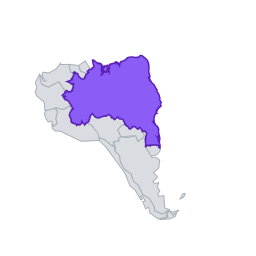 Brazil on a map of South America (Natural Earth projection), rotated 320°
{"feature_id": "BRA", "entity_name": "Brazil", "entity_type": "country or territory", "adm_level": 0, "iso_a3": "BRA", "parent_name": "South America", "parent_adm1": "", "projection": "natural_earth1", "projection_center": [-55.283, -14.242], "detail": "fine", "context": "in_parent", "style": "filled", "palette": "violet", "viewbox_px": 256, "rotation_deg": 320, "n_neighbors": 12, "source": "natural_earth", "source_scale": "50m", "svg_char_len": 9164}
<svg xmlns="http://www.w3.org/2000/svg" viewBox="0 0 256 256"><g transform="rotate(320 128 128)"><path d="M106.3,218.0L108.4,221.3L114.3,223.7L106.7,224.1L106.3,218.0ZM129.5,153.6L127.5,165.9L130.5,168.4L131.6,173.1L125.9,178.4L118.7,178.7L119.3,184.0L117.9,185.0L112.5,185.1L112.9,188.0L116.4,189.5L112.6,192.1L111.9,196.6L108.1,198.0L107.5,200.2L112.0,202.8L104.8,212.7L107.3,217.2L99.0,216.2L95.1,208.7L97.3,205.7L99.1,195.8L96.5,188.6L99.0,177.9L98.0,172.4L100.7,165.2L98.7,156.9L100.5,148.5L103.6,143.9L103.1,137.0L105.8,135.5L108.2,129.1L112.9,131.9L113.8,129.6L116.6,129.7L121.5,135.1L129.0,138.8L127.0,144.6L134.1,145.3L137.9,140.0L139.1,144.0L129.5,153.6Z" fill="#d9dde1" stroke="#a8b0b8" stroke-width="1"/><path d="M106.3,218.0L106.7,224.1L110.3,224.2L107.9,226.1L101.7,224.6L93.3,218.5L101.3,221.9L102.8,218.8L106.3,218.0ZM99.8,116.8L102.7,122.1L104.5,132.2L106.5,132.5L103.1,137.0L103.6,143.9L100.5,148.5L98.7,156.9L100.7,165.2L98.0,172.4L99.0,177.9L96.5,188.6L99.1,195.8L97.3,205.7L95.1,208.7L99.0,216.2L106.3,217.0L101.6,218.7L100.5,221.3L92.5,216.9L90.2,206.9L93.0,202.0L89.6,201.2L91.9,193.9L94.5,194.9L95.3,189.0L93.7,188.2L93.2,191.8L91.7,191.4L93.5,179.9L92.3,173.8L96.7,160.0L98.8,127.9L97.9,119.0L99.8,116.8Z" fill="#d9dde1" stroke="#a8b0b8" stroke-width="1"/><path d="M122.3,215.8L128.0,213.7L129.7,215.0L126.2,216.8L122.3,215.8Z" fill="#d9dde1" stroke="#a8b0b8" stroke-width="1"/><path d="M129.5,153.6L138.7,158.9L140.0,160.9L138.6,165.8L132.9,167.1L127.7,164.4L129.5,153.6Z" fill="#d9dde1" stroke="#a8b0b8" stroke-width="1"/><path d="M99.6,97.5L110.0,94.0L109.9,99.3L122.1,105.7L123.0,112.9L127.8,113.0L129.6,118.5L128.8,123.7L125.7,121.9L119.1,122.7L117.0,130.3L113.8,129.6L112.9,131.9L108.2,129.1L104.5,132.2L102.7,122.1L99.8,116.8L101.8,102.2L99.6,97.5Z" fill="#d9dde1" stroke="#a8b0b8" stroke-width="1"/><path d="M98.5,78.2L91.1,81.0L88.4,87.5L90.3,93.2L93.0,94.9L97.2,93.3L97.1,97.7L99.6,97.5L101.8,102.2L101.3,113.6L97.9,119.0L83.7,108.2L73.9,86.6L70.2,83.5L69.7,79.5L72.5,75.6L72.1,78.6L76.7,78.9L78.6,74.4L84.4,70.3L85.5,65.9L90.6,72.4L98.1,73.6L96.5,76.6L98.5,78.2Z" fill="#d9dde1" stroke="#a8b0b8" stroke-width="1"/><path d="M106.1,62.1L104.4,59.8L98.7,60.8L100.2,62.9L98.2,64.2L99.7,69.0L98.5,78.2L96.5,76.6L98.1,73.6L90.6,72.4L85.5,65.9L79.6,64.6L75.7,60.8L80.4,54.6L78.6,44.8L79.7,41.0L84.2,38.4L86.2,33.6L95.0,29.9L90.1,39.2L93.4,45.5L105.0,48.1L103.7,57.6L106.1,62.1Z" fill="#d9dde1" stroke="#a8b0b8" stroke-width="1"/><path d="M121.5,50.7L115.6,54.8L111.2,54.0L112.6,58.5L114.9,59.4L107.4,63.6L103.7,57.6L105.0,48.1L93.4,45.5L90.1,39.2L91.2,35.4L93.6,32.1L95.2,31.6L93.2,37.1L95.2,39.3L95.0,33.9L98.6,30.5L102.9,35.1L111.2,36.5L118.7,34.7L116.5,35.5L123.9,41.5L119.8,48.5L121.5,50.7Z" fill="#d9dde1" stroke="#a8b0b8" stroke-width="1"/><path d="M132.0,60.2L126.9,62.1L124.2,60.6L123.4,51.2L119.8,48.5L123.9,41.5L130.4,48.4L128.2,54.0L132.0,60.2Z" fill="#d9dde1" stroke="#a8b0b8" stroke-width="1"/><path d="M137.0,59.0L132.0,60.2L129.3,56.1L128.2,54.0L130.4,48.4L138.4,49.1L137.0,59.0Z" fill="#d9dde1" stroke="#a8b0b8" stroke-width="1"/><path d="M84.8,66.2L84.4,70.3L78.6,74.4L76.7,78.9L72.1,78.6L73.8,73.4L70.8,72.3L70.9,68.8L73.0,63.5L76.1,61.7L84.8,66.2Z" fill="#d9dde1" stroke="#a8b0b8" stroke-width="1"/><path d="M128.0,124.3L128.6,129.9L133.8,130.7L134.8,135.3L137.5,135.5L136.3,143.1L134.1,145.3L127.0,144.6L129.0,138.8L117.0,130.3L119.1,122.7L125.7,121.9L128.0,124.3Z" fill="#d9dde1" stroke="#a8b0b8" stroke-width="1"/><path d="M106.1,62.2L107.4,63.5L108.1,63.5L109.1,62.9L109.5,63.3L109.4,63.7L109.6,63.7L110.5,62.5L112.8,61.3L113.3,60.1L114.7,59.5L114.8,58.8L113.2,58.5L113.3,58.0L112.7,56.5L112.7,55.3L111.6,54.1L111.3,53.4L111.8,53.7L112.8,53.8L113.2,54.4L114.9,54.3L115.9,55.3L116.1,55.3L116.4,55.1L116.5,54.1L117.3,53.7L117.9,53.9L118.7,53.6L120.1,52.7L120.8,52.6L121.7,51.6L121.4,50.7L121.7,50.6L123.0,50.6L123.3,51.0L122.9,52.6L124.0,53.0L124.0,53.5L124.4,54.3L123.7,55.3L123.7,56.0L123.3,57.9L123.6,58.9L123.9,59.2L123.9,60.2L124.1,60.7L125.2,61.8L126.1,62.3L127.0,62.0L127.0,61.6L127.4,61.1L128.2,61.3L128.3,61.0L129.3,60.8L129.9,60.1L130.5,59.9L131.2,60.3L132.1,60.1L133.4,60.4L133.5,59.8L133.0,59.2L133.4,58.4L134.0,58.8L135.9,58.2L136.7,59.0L138.0,59.6L138.9,58.9L139.5,59.2L140.0,59.0L140.2,59.4L140.9,59.4L141.7,58.7L142.5,56.5L144.5,53.2L145.3,53.9L146.5,59.6L146.8,59.6L147.2,60.4L148.4,60.9L148.6,62.4L147.6,63.3L146.4,65.1L145.1,66.0L144.1,68.0L144.0,68.7L143.5,69.2L143.4,69.7L142.8,69.7L141.7,70.2L142.8,70.5L143.5,70.3L146.1,68.5L146.2,68.8L146.0,69.0L146.6,70.8L147.3,71.6L148.3,71.0L149.0,71.3L150.1,70.8L149.2,73.4L149.7,73.0L150.3,71.3L150.9,71.0L151.6,70.1L152.2,70.4L152.5,70.0L152.2,69.8L152.2,69.1L153.1,67.9L154.5,67.7L154.8,68.0L154.8,67.6L155.2,67.6L156.3,68.0L156.8,68.6L157.8,68.7L159.2,69.6L159.7,69.7L160.0,70.7L160.7,70.0L161.6,70.8L161.4,71.0L161.7,70.8L162.0,71.7L161.5,72.3L161.7,72.6L162.3,72.0L162.4,72.6L162.1,72.7L161.9,73.2L161.5,75.0L162.3,74.3L162.8,72.9L163.1,73.0L162.9,73.9L163.5,73.2L164.7,73.0L164.9,72.6L166.0,72.9L167.7,73.8L168.7,73.7L169.7,74.2L172.2,73.8L173.5,74.0L177.2,76.5L178.2,78.0L179.3,79.0L180.1,79.4L180.4,80.0L181.9,80.5L183.4,80.4L184.5,80.6L185.3,81.9L186.3,86.9L186.2,88.8L185.8,90.1L185.3,91.6L184.2,93.4L183.8,93.9L183.5,93.8L183.5,94.3L182.2,96.1L180.8,97.1L179.7,98.8L179.7,98.4L178.9,100.8L177.5,103.0L176.8,103.3L176.8,102.7L176.4,102.3L176.0,102.8L176.2,103.2L176.0,103.9L175.5,104.5L175.3,105.1L175.6,105.2L175.4,106.5L175.5,106.6L175.7,106.4L175.3,108.2L175.7,111.8L174.8,115.6L174.9,117.1L173.7,118.7L173.2,122.5L172.7,123.0L171.7,125.5L170.7,126.4L170.2,127.4L170.0,128.2L170.1,129.6L168.3,130.5L167.6,131.3L167.7,131.9L167.5,132.4L165.2,132.4L164.8,131.7L164.5,131.9L164.6,132.5L162.9,132.8L162.7,132.7L163.5,132.6L163.0,132.3L161.1,132.7L161.0,133.1L161.3,133.3L159.4,134.3L159.0,134.9L157.8,134.9L155.6,136.1L152.8,138.5L153.0,138.6L153.0,138.9L152.3,139.6L152.3,139.3L151.8,139.2L151.6,139.7L151.0,139.4L151.1,139.8L151.8,140.1L151.5,140.7L151.2,140.8L151.4,141.1L151.3,141.8L150.9,142.1L151.2,142.5L151.1,143.3L151.4,144.8L151.1,145.8L151.2,147.3L150.7,148.8L149.6,149.7L148.4,151.1L147.0,154.2L145.5,156.6L142.8,159.1L142.8,158.3L143.2,158.4L143.7,158.1L144.7,157.3L145.0,156.2L145.4,156.2L145.5,155.6L146.1,155.0L146.0,154.2L146.4,154.2L146.4,153.7L145.3,154.0L144.7,153.1L144.7,153.7L145.0,154.0L144.7,155.2L144.5,154.9L144.1,156.2L143.0,157.0L142.5,158.5L142.6,159.3L141.3,162.1L139.6,163.9L139.3,163.6L139.3,162.2L140.2,160.9L139.1,160.0L138.7,159.0L137.6,158.4L136.8,157.3L135.4,156.7L134.3,155.4L133.9,156.0L133.4,156.1L133.3,155.2L131.4,153.3L130.7,153.4L130.5,153.8L129.5,153.5L131.1,151.8L133.6,148.2L134.1,148.2L134.0,147.7L135.5,146.7L136.2,145.8L137.4,145.4L138.6,144.6L138.9,143.9L139.0,141.9L138.5,140.3L138.2,140.1L136.7,140.0L137.2,138.7L137.5,135.8L137.6,135.6L136.7,134.9L135.3,135.5L134.8,135.3L134.2,132.2L134.3,131.6L133.8,130.7L132.7,130.4L132.3,129.8L131.8,130.3L131.1,130.4L128.8,130.0L128.5,129.8L128.9,126.7L128.0,124.3L128.8,123.7L128.1,123.1L129.1,121.0L128.9,120.6L129.6,118.6L128.8,116.6L128.4,116.6L127.4,115.7L127.2,114.2L127.5,113.0L123.0,112.9L122.8,110.6L122.0,109.5L122.7,109.5L122.7,108.1L122.2,106.9L122.4,106.4L122.1,105.7L120.7,104.9L118.9,105.0L118.1,103.9L116.5,103.4L115.8,102.5L115.1,102.5L114.2,101.9L113.6,102.1L112.4,101.8L112.1,101.3L110.9,100.5L110.7,99.8L109.9,98.3L110.1,97.7L109.8,96.2L110.1,95.2L109.9,93.9L106.9,94.4L104.9,95.9L104.1,96.7L103.2,96.8L102.7,97.6L101.9,97.9L100.4,97.5L98.5,97.4L97.6,97.8L97.1,97.5L96.8,97.7L96.8,94.2L97.0,93.1L95.3,94.6L93.0,94.7L93.0,94.3L92.5,93.3L90.4,93.0L91.0,92.2L91.0,91.8L89.5,89.9L88.9,88.7L89.1,88.3L88.3,87.6L88.4,87.1L89.0,86.9L88.8,86.3L88.9,85.8L90.5,84.5L90.2,83.4L90.8,82.1L91.1,80.6L93.7,78.8L95.8,78.3L96.3,77.8L97.3,77.8L97.7,78.2L98.3,78.2L99.7,69.2L99.2,68.0L99.2,67.2L98.1,66.1L98.1,64.1L99.6,63.6L100.4,63.8L100.3,63.2L100.0,62.7L98.6,62.7L98.6,60.8L99.4,60.6L102.8,60.8L102.6,60.4L102.8,60.0L103.4,60.7L104.8,59.6L105.5,60.8L105.6,62.3L106.1,62.2ZM149.3,66.4L150.6,66.2L152.4,66.6L151.9,68.3L151.2,69.3L151.3,69.8L150.7,70.1L150.4,69.8L150.3,70.4L149.6,70.1L149.4,70.7L148.8,70.9L148.2,70.7L147.1,70.9L146.4,69.3L146.5,69.0L146.9,68.9L146.6,68.9L146.3,68.4L146.7,66.5L147.7,66.1L149.3,66.4ZM145.1,68.7L143.5,70.0L144.1,68.9L144.1,68.2L144.5,67.6L145.2,67.3L145.4,67.7L145.1,68.7ZM147.7,65.1L149.1,65.1L148.5,65.8L147.5,65.6L147.7,65.1ZM147.5,65.0L147.2,65.8L146.8,65.6L147.4,64.0L147.5,65.0ZM149.7,66.1L149.1,66.2L148.8,66.0L149.6,65.5L149.9,65.7L149.7,66.1ZM146.7,66.1L146.0,66.7L145.7,66.4L145.8,66.0L146.2,65.9L146.7,65.9L146.7,66.1ZM148.0,64.6L147.7,64.7L147.6,64.2L148.2,63.9L148.0,64.6ZM147.6,60.1L147.2,60.2L147.1,59.6L147.5,59.5L147.6,60.1ZM151.7,145.4L151.3,146.6L151.4,145.9L151.7,145.4ZM159.4,134.7L159.5,135.3L159.1,135.1L159.4,134.7ZM151.3,142.5L151.1,142.1L151.5,141.8L151.3,142.5ZM162.1,74.3L161.9,74.5L161.9,73.8L162.2,73.6L162.1,74.3ZM176.6,103.4L176.1,103.6L176.4,103.1L176.6,103.4ZM162.3,133.0L161.9,133.2L162.1,132.8L162.3,133.0ZM175.8,104.6L175.6,105.0L175.5,104.7L175.8,104.6ZM161.2,69.6L160.9,69.8L160.8,69.7L160.9,69.4L161.2,69.6Z" fill="#8b5cf6" stroke="#5b21b6" stroke-width="1.5"/></g></svg>